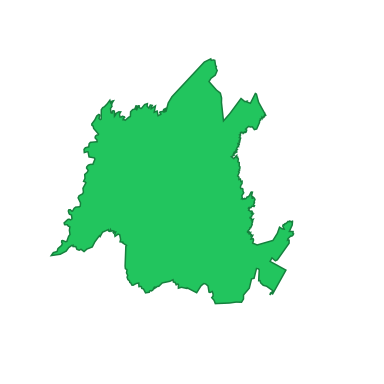 Mazozolu pag., Ogre, Latvia (Robinson projection), rotated 120°
{"feature_id": "27541924B71176066479064", "entity_name": "Mazozolu pag.", "entity_type": "district", "adm_level": 2, "iso_a3": "LVA", "parent_name": "Latvia", "parent_adm1": "Ogre", "projection": "robinson", "projection_center": [25.443, 56.925], "detail": "fine", "context": "isolated", "style": "filled", "palette": "green", "viewbox_px": 384, "rotation_deg": 120, "n_neighbors": 0, "source": "geoboundaries", "source_scale": "gbopen_adm2", "svg_char_len": 6076}
<svg xmlns="http://www.w3.org/2000/svg" viewBox="0 0 384 384"><g transform="rotate(120 192 192)"><path d="M153.6,309.0L157.9,309.5L162.0,310.5L163.6,311.5L166.1,311.7L174.2,307.1L175.2,307.7L174.9,309.3L172.1,310.1L171.3,310.8L171.5,311.6L173.8,312.5L178.0,312.2L183.2,312.8L184.3,312.0L184.4,310.5L186.1,309.0L188.6,301.9L189.6,301.9L190.4,303.0L191.8,303.5L193.0,303.3L193.8,302.6L194.3,300.5L195.9,299.3L199.8,304.8L201.6,305.2L204.6,304.0L207.0,306.5L209.1,306.8L211.7,305.0L209.6,303.0L209.3,302.0L213.1,298.7L211.3,293.7L212.0,292.5L217.6,291.7L218.9,293.8L220.5,295.2L222.9,295.7L224.0,295.3L225.2,292.7L227.4,292.6L230.4,293.7L233.7,291.5L237.0,291.2L236.7,289.2L237.0,288.5L243.3,288.3L246.5,285.9L248.4,285.9L251.7,287.9L254.0,287.7L257.2,283.1L260.1,281.7L261.1,282.1L263.3,285.2L265.1,285.9L268.3,285.9L268.7,286.6L268.2,288.6L269.1,289.8L270.3,289.6L271.8,288.1L272.5,287.0L272.2,284.9L275.2,282.5L276.9,283.2L277.0,284.9L277.9,285.8L282.7,287.3L284.0,286.0L282.7,283.6L283.4,282.2L283.3,280.3L286.4,279.1L289.8,276.4L292.0,276.7L297.4,275.7L298.2,276.6L298.7,279.8L299.4,280.4L300.7,279.8L301.4,278.6L303.4,278.2L308.0,279.8L311.0,279.1L313.8,281.8L317.4,282.1L311.8,275.0L306.1,271.4L301.8,271.0L298.2,269.3L298.3,268.6L297.7,268.3L298.7,267.7L297.4,265.3L299.2,263.0L298.8,260.6L297.1,259.5L297.6,255.7L293.8,254.4L289.5,250.9L283.9,251.2L276.5,250.4L276.0,250.2L276.5,249.3L271.6,249.4L266.4,245.7L267.5,244.8L267.3,243.7L265.3,243.8L266.5,242.5L265.4,241.7L265.0,240.2L266.3,240.2L266.7,239.5L265.8,239.5L264.8,238.1L267.2,237.8L268.9,236.5L265.4,234.9L265.2,233.2L268.8,230.1L271.1,229.4L270.1,226.8L270.7,226.7L271.0,222.0L272.2,222.1L289.6,212.9L291.7,211.4L291.8,209.6L292.3,209.2L294.8,208.3L296.3,206.0L298.3,205.6L299.9,203.7L300.2,201.8L301.4,200.6L301.4,199.5L302.7,197.5L302.2,196.4L299.2,194.6L297.5,192.6L300.5,190.6L299.3,189.1L299.4,188.4L300.6,187.3L300.2,185.6L302.6,181.8L300.2,178.9L299.0,179.1L298.1,178.6L297.9,177.6L296.5,176.9L293.6,177.0L294.0,176.2L292.9,176.2L293.0,175.6L291.1,174.8L290.3,173.6L285.6,172.3L280.4,166.5L277.5,164.6L279.3,163.1L278.7,161.6L280.3,159.3L279.1,158.8L278.8,157.6L282.1,155.7L279.8,153.5L278.1,148.2L277.4,148.3L276.9,137.6L268.8,137.3L265.4,136.0L264.8,134.2L265.4,131.1L270.2,127.2L270.0,126.1L268.0,124.8L269.8,122.7L271.8,121.7L273.6,122.1L274.8,118.7L277.0,116.0L269.3,103.9L265.3,98.8L262.7,94.0L258.9,93.9L255.4,95.9L246.7,94.3L237.5,97.0L235.7,95.1L226.0,97.9L225.3,96.0L225.9,94.8L235.5,89.9L234.8,88.8L236.3,87.2L237.2,83.7L236.3,80.3L237.1,72.1L240.3,73.5L242.2,73.1L239.6,72.6L239.9,71.2L212.7,71.6L213.1,89.7L209.1,89.8L209.9,85.4L208.1,84.2L187.8,82.3L185.2,83.8L185.5,84.3L185.0,85.1L185.5,85.3L184.5,85.6L180.8,84.5L180.3,83.5L178.8,83.0L177.5,83.1L177.5,83.8L175.7,84.7L177.5,88.0L170.5,88.7L166.5,90.6L168.2,90.5L168.2,92.8L169.2,93.0L169.4,94.1L172.0,94.7L172.9,95.7L174.2,95.6L174.6,96.6L176.1,96.4L178.1,93.6L178.8,95.4L178.7,98.6L185.1,97.4L193.5,97.7L205.3,109.1L205.9,113.9L202.8,114.7L201.9,115.7L203.3,117.4L199.2,117.7L200.4,119.0L199.1,119.3L199.3,120.7L198.3,120.9L199.7,121.6L199.1,122.4L197.9,122.3L198.1,123.3L199.0,123.8L198.4,124.2L195.2,123.5L193.9,123.9L193.6,123.3L190.1,123.6L189.8,124.2L187.5,124.6L187.5,125.1L185.0,125.3L186.4,126.6L185.4,127.2L185.6,128.6L185.0,129.0L183.7,128.0L182.6,128.5L180.3,128.0L180.6,129.1L179.9,129.2L180.4,129.8L179.1,129.9L178.6,130.7L179.7,131.8L179.2,132.8L179.5,133.8L178.6,133.9L177.9,135.1L177.0,134.9L177.6,134.1L176.7,134.1L176.2,133.2L174.3,133.0L173.5,131.0L172.6,131.1L172.8,131.9L172.1,132.5L170.1,132.5L169.8,133.2L166.9,133.8L166.0,135.5L166.1,136.3L167.1,136.4L167.2,137.1L165.7,137.1L165.7,138.5L161.9,139.6L162.2,140.4L162.7,140.8L166.4,140.5L168.2,141.0L168.7,141.8L170.8,142.0L171.7,142.9L171.4,143.4L172.8,144.2L172.4,144.7L173.0,145.6L171.8,145.6L170.3,147.0L166.8,146.8L165.8,148.3L164.0,149.4L163.9,150.5L164.6,151.3L164.1,152.2L162.2,153.0L159.7,152.9L157.6,154.0L158.5,154.9L156.6,156.6L157.7,157.6L155.6,158.8L155.3,160.5L151.5,160.9L151.0,161.9L149.7,161.5L148.9,162.4L148.2,162.1L146.3,163.0L145.9,164.1L142.9,165.8L142.9,167.4L140.3,168.3L139.7,169.2L139.9,169.7L139.1,170.0L139.5,170.7L138.1,171.5L142.2,172.5L141.8,175.6L138.9,173.9L138.8,175.1L136.4,175.3L136.2,174.6L136.9,174.3L135.3,173.4L135.3,174.7L134.3,174.7L133.9,174.0L133.5,174.6L132.7,174.2L132.8,174.9L130.2,175.2L129.5,174.4L129.2,175.0L127.9,174.9L128.1,175.4L127.7,175.8L127.8,175.3L127.0,175.1L126.5,175.8L125.6,175.5L123.5,176.2L124.5,176.5L124.0,176.8L121.4,176.7L120.9,177.0L121.2,178.2L119.1,178.2L118.8,179.4L117.9,178.9L116.3,179.7L115.3,178.8L115.8,178.2L115.1,177.4L115.5,177.0L113.9,176.7L113.4,176.1L113.9,175.7L113.0,175.1L111.0,175.6L110.7,177.0L106.9,175.8L106.5,173.9L105.4,172.3L106.8,169.2L105.1,167.5L98.1,168.3L96.4,169.1L95.3,168.6L94.7,169.3L93.7,168.4L92.7,168.7L93.1,168.1L92.4,168.3L92.1,167.5L91.6,167.6L91.6,168.3L91.0,167.2L89.3,167.6L89.7,167.1L88.9,167.2L89.3,166.9L88.7,166.5L81.0,179.2L75.0,185.2L75.0,186.4L86.0,185.8L86.6,189.8L85.9,189.8L87.3,191.4L86.5,196.3L105.1,198.4L114.7,200.3L99.8,211.2L95.8,213.4L92.2,216.9L91.5,221.8L87.9,232.5L84.0,232.4L79.2,230.3L74.2,230.9L72.6,233.3L71.0,233.7L71.0,234.6L66.6,238.1L66.9,239.4L68.4,241.2L67.3,242.3L73.3,246.3L119.4,257.0L126.8,257.1L135.1,254.8L136.5,256.0L133.0,256.7L134.7,257.8L136.6,257.3L138.6,259.7L139.4,259.6L139.7,258.3L140.3,257.8L142.9,259.5L139.3,262.7L141.8,264.6L135.8,266.7L140.4,269.0L139.6,269.6L136.9,269.7L137.5,271.6L140.9,271.3L140.2,273.8L137.8,274.8L139.9,276.7L144.9,277.6L145.3,278.2L145.2,280.1L143.8,280.7L144.0,281.3L148.4,281.0L148.3,281.6L145.0,282.7L145.4,283.6L148.8,283.0L150.3,284.6L153.2,285.3L157.5,283.1L158.7,284.1L163.3,285.7L163.3,286.9L163.9,287.8L162.8,288.2L161.1,287.6L160.7,288.1L161.2,290.2L162.4,290.8L163.0,291.9L160.8,293.8L158.3,293.8L159.2,295.5L162.0,297.2L163.1,296.7L165.2,297.0L160.8,299.7L160.8,300.5L161.5,301.3L163.7,300.7L163.9,301.8L160.4,304.4L157.9,304.1L156.9,305.1L154.8,305.7L152.3,305.6L153.3,306.7L155.5,307.1L153.6,309.0Z" fill="#22c55e" stroke="#15803d" stroke-width="1.5"/></g></svg>